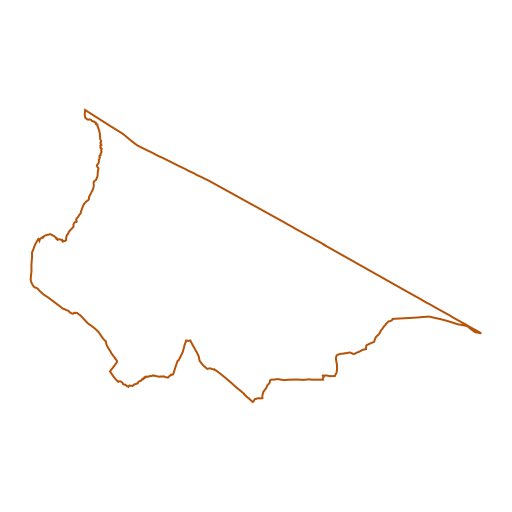 the district of Longido, Arusha, United Republic of Tanzania
{"feature_id": "72390352B95731720096997", "entity_name": "Longido", "entity_type": "district", "adm_level": 2, "iso_a3": "TZA", "parent_name": "United Republic of Tanzania", "parent_adm1": "Arusha", "projection": "orthographic", "projection_center": [36.6, -2.642], "detail": "fine", "context": "isolated", "style": "outline", "palette": "amber", "viewbox_px": 512, "rotation_deg": 0, "n_neighbors": 0, "source": "geoboundaries", "source_scale": "gbopen_adm2", "svg_char_len": 5893}
<svg xmlns="http://www.w3.org/2000/svg" viewBox="0 0 512 512"><path d="M322.9,379.7L322.7,379.3L322.6,378.9L323.7,377.2L323.8,376.7L323.7,376.5L322.7,375.8L322.7,375.6L322.8,375.5L326.5,375.5L327.4,375.6L328.9,376.0L331.6,376.2L333.2,376.0L334.8,376.1L336.6,372.5L336.8,371.4L337.0,369.0L337.0,365.1L335.9,358.9L336.2,356.7L336.7,355.3L336.8,355.2L339.0,354.3L340.2,353.9L344.1,353.5L344.9,353.2L346.3,353.2L347.2,353.1L347.9,352.8L349.8,352.5L350.7,352.7L352.7,353.7L353.6,354.1L354.9,353.7L356.1,352.9L357.8,352.3L359.8,351.4L362.7,349.8L366.0,349.1L366.0,347.4L366.3,346.0L366.5,345.3L370.3,343.4L372.2,342.6L373.8,342.1L374.2,341.8L374.8,339.4L375.9,337.1L376.4,336.5L378.6,334.6L379.2,333.8L380.3,331.9L380.6,331.0L382.3,328.9L384.0,326.4L385.3,325.1L386.2,323.7L388.5,321.5L389.7,321.2L391.7,320.4L392.3,319.8L392.6,318.9L412.5,317.8L418.8,317.4L421.5,317.1L429.1,316.6L440.4,319.1L447.5,321.0L450.4,321.9L457.9,324.3L460.6,324.7L465.1,325.6L467.6,326.3L471.1,329.3L475.2,332.2L481.3,333.3L468.8,326.4L464.5,323.8L462.9,323.0L451.8,316.8L450.6,315.9L437.3,308.6L428.7,303.7L426.5,302.7L420.0,298.8L411.1,293.9L324.1,244.9L324.3,244.7L306.1,234.6L295.9,229.0L291.3,226.3L287.1,224.1L285.4,223.0L209.0,180.8L204.2,178.5L200.9,176.8L196.8,175.0L193.8,173.2L188.4,170.8L185.8,169.3L180.7,166.8L179.1,166.2L177.4,165.2L175.8,164.5L170.0,161.5L161.9,157.5L159.1,156.4L152.6,152.9L142.8,148.2L136.9,145.1L132.0,141.4L122.9,133.9L109.8,125.7L85.1,110.0L84.7,114.9L85.2,116.9L85.2,117.6L86.2,118.6L87.5,119.5L88.1,119.7L89.7,119.4L90.2,119.5L90.9,119.8L92.3,121.2L93.8,121.4L94.2,122.0L95.8,122.6L96.0,123.2L95.7,123.8L95.8,124.1L96.1,124.3L97.2,124.4L97.5,124.7L97.4,125.9L98.2,127.6L98.5,128.9L99.2,130.4L99.3,131.3L99.8,133.4L100.2,138.8L100.5,139.8L101.1,141.2L101.1,141.9L100.7,142.3L100.4,142.9L100.5,143.7L100.9,144.3L101.3,144.4L101.4,145.1L101.1,145.3L100.9,145.1L100.4,145.5L100.4,145.9L100.6,147.1L100.4,147.8L100.5,148.0L101.5,148.5L101.7,148.8L101.7,149.1L101.2,150.0L101.1,150.7L101.6,151.8L100.5,154.0L100.5,154.4L100.7,154.9L100.4,155.3L99.9,155.4L99.4,156.1L99.9,157.4L99.4,158.2L99.4,158.8L98.8,159.8L98.9,161.7L98.7,162.7L98.0,164.0L97.1,164.9L96.8,165.5L97.4,167.0L98.2,167.7L98.4,168.1L98.4,168.8L97.8,171.4L97.8,172.6L97.5,176.2L96.1,179.8L94.4,181.1L94.0,181.5L93.7,182.1L93.6,182.7L93.8,185.6L93.5,187.4L92.9,189.4L89.0,197.1L88.9,199.2L88.4,200.0L86.3,201.5L85.0,202.9L84.2,203.9L83.3,205.3L80.9,211.7L80.8,212.7L80.6,213.5L79.3,214.8L79.0,215.5L77.6,217.5L76.5,218.7L76.2,219.6L76.6,221.4L76.6,221.8L76.4,222.0L75.5,221.9L74.9,222.2L74.4,222.8L73.8,223.8L73.4,224.9L73.5,226.8L70.8,229.7L70.5,229.8L69.9,230.7L69.2,231.4L68.5,232.4L68.5,232.8L68.0,234.0L67.1,234.8L66.3,237.0L66.1,238.9L66.2,240.0L66.0,240.3L65.5,240.7L63.4,241.4L63.5,241.0L63.4,240.8L63.1,240.7L62.9,240.8L62.7,240.6L62.5,241.0L62.3,241.0L62.2,240.9L62.3,240.1L61.8,239.7L61.3,239.7L60.1,239.4L59.5,239.4L59.0,239.3L57.8,239.8L57.5,239.8L57.1,239.5L57.3,238.9L57.2,238.5L56.9,238.5L56.6,238.7L56.3,238.7L56.0,237.8L55.7,237.4L54.3,236.3L53.0,235.5L51.3,234.7L50.7,234.2L49.6,234.3L48.3,234.7L46.9,234.9L45.7,235.4L45.2,235.5L44.6,235.9L43.2,237.0L42.9,237.7L42.7,237.8L42.2,237.3L40.2,239.0L39.7,239.6L39.4,240.8L39.3,240.6L39.1,239.5L38.9,239.0L38.5,238.8L36.0,242.8L34.2,246.8L33.2,249.9L32.4,251.5L32.2,252.1L32.0,253.0L32.1,256.6L31.4,264.9L31.5,271.0L30.7,278.6L30.8,280.5L30.9,281.2L31.9,283.6L33.3,286.0L34.6,287.4L36.5,287.9L36.9,288.1L38.4,289.4L38.9,290.2L39.9,291.2L43.7,294.6L47.8,297.2L63.2,308.8L63.7,309.0L64.1,308.9L65.3,309.6L68.2,310.8L68.8,311.1L69.6,312.3L70.5,312.6L71.3,313.2L72.6,313.7L73.2,313.7L73.8,313.3L74.2,312.8L74.5,312.8L75.3,313.0L75.8,312.8L76.6,312.8L77.5,313.2L78.8,314.4L79.8,314.9L82.2,317.3L83.3,318.5L84.5,319.7L85.8,321.2L87.5,323.0L88.5,323.9L91.1,325.6L95.0,328.6L98.7,332.2L102.3,337.6L103.6,339.2L106.0,341.6L106.3,343.9L107.2,346.4L110.2,351.0L111.3,353.2L115.0,358.1L114.9,358.2L116.5,360.1L116.9,360.7L117.0,361.6L116.6,362.6L115.1,364.7L110.0,371.4L113.6,376.7L115.8,379.4L118.2,381.8L118.6,381.3L119.2,381.4L120.2,381.3L120.9,381.6L121.8,382.1L122.6,383.0L122.9,383.9L123.2,384.2L124.8,384.7L125.3,384.7L126.8,386.0L128.2,386.4L128.4,386.7L128.9,386.0L129.6,385.5L130.4,385.8L132.0,385.7L132.6,386.0L134.1,384.5L135.1,384.3L135.6,384.0L136.2,383.9L136.8,383.5L137.4,383.5L137.7,383.2L137.7,382.9L138.0,382.7L138.2,382.1L139.3,381.3L140.7,380.9L141.3,380.2L141.5,380.2L141.9,379.8L141.8,379.6L142.0,379.3L142.7,378.9L142.7,379.1L143.0,379.1L143.0,378.7L143.1,378.9L143.3,378.8L143.2,378.5L143.4,378.4L143.9,378.4L144.1,378.0L144.6,378.0L144.8,377.8L144.6,377.3L144.8,377.2L145.4,377.4L145.5,377.3L145.3,376.8L145.6,376.6L146.1,376.9L146.4,376.7L147.0,376.9L147.8,376.6L148.5,376.7L148.8,376.4L149.0,376.4L149.5,376.1L151.1,376.1L153.0,375.4L153.6,375.4L153.8,375.8L154.6,375.7L155.6,376.0L156.9,376.2L157.7,376.5L159.7,376.7L161.5,376.4L161.9,376.7L162.6,376.6L163.3,376.3L164.2,376.5L164.7,376.8L166.0,377.3L167.9,377.6L169.3,376.3L170.4,375.2L171.1,374.7L171.7,375.0L172.0,374.7L172.9,374.3L173.2,374.3L175.7,366.3L177.7,360.7L178.6,360.4L179.5,358.6L179.7,358.3L182.7,352.1L184.1,347.2L184.3,345.9L186.2,340.5L188.4,340.9L190.4,340.5L190.6,341.3L196.8,352.4L198.7,356.3L199.6,360.8L203.0,365.2L207.2,368.9L209.9,368.3L215.2,370.0L215.2,369.9L218.4,372.2L225.7,378.1L230.8,382.4L235.5,386.7L243.9,393.6L244.2,394.4L245.0,395.0L246.5,396.6L248.6,398.2L252.7,402.0L253.8,400.9L254.5,399.6L255.1,399.0L256.4,398.8L257.3,398.4L258.1,398.3L258.9,398.2L259.4,398.4L260.5,398.4L262.4,398.2L262.3,397.2L262.5,394.7L262.8,393.7L263.2,393.0L263.1,392.2L266.2,388.0L267.4,385.2L268.5,384.2L269.8,382.4L270.0,380.6L270.4,380.0L271.5,379.6L274.7,379.6L276.1,379.2L279.7,379.3L280.8,379.7L282.4,379.8L283.4,380.2L289.2,379.7L293.7,379.6L300.1,379.6L302.0,379.9L306.1,379.7L308.3,379.3L312.2,379.7L322.9,379.7Z" fill="none" stroke="#b45309" stroke-width="2"/></svg>